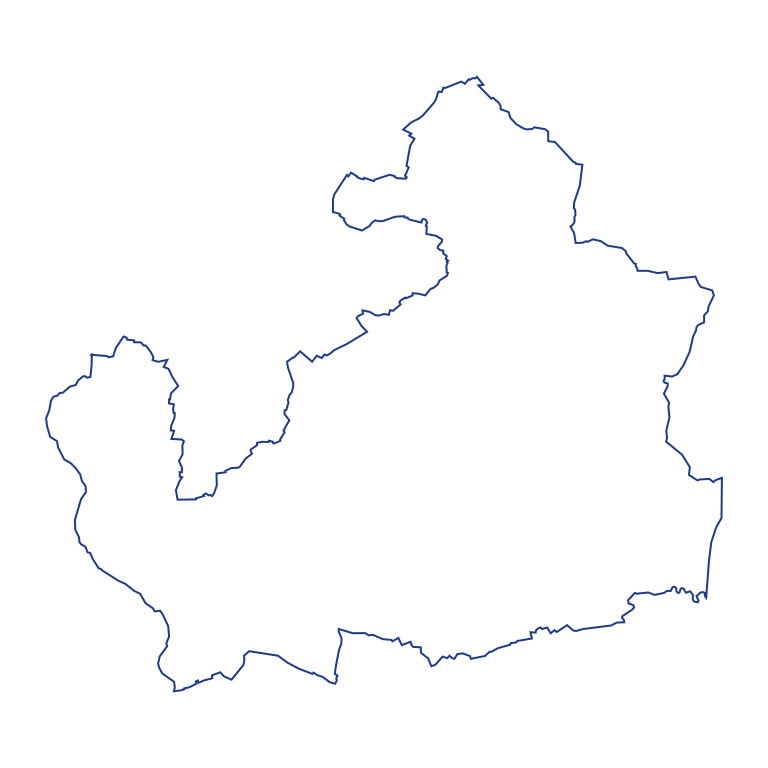 Wiset Chai Chan, Ang Thong, Thailand (orthographic projection)
{"feature_id": "78962969B38552954370862", "entity_name": "Wiset Chai Chan", "entity_type": "district", "adm_level": 2, "iso_a3": "THA", "parent_name": "Thailand", "parent_adm1": "Ang Thong", "projection": "orthographic", "projection_center": [100.305, 14.571], "detail": "fine", "context": "isolated", "style": "outline", "palette": "blue", "viewbox_px": 768, "rotation_deg": 0, "n_neighbors": 0, "source": "geoboundaries", "source_scale": "gbopen_adm2", "svg_char_len": 6070}
<svg xmlns="http://www.w3.org/2000/svg" viewBox="0 0 768 768"><path d="M695.4,276.6L668.5,279.4L666.6,272.0L657.9,273.1L647.6,270.8L637.6,270.8L637.2,268.5L635.7,266.4L635.9,264.0L634.1,263.4L626.4,253.5L625.8,251.2L621.9,248.0L607.7,245.7L601.0,241.2L593.1,239.3L587.4,241.8L586.1,241.2L582.8,242.7L575.7,243.0L574.1,233.1L570.5,226.4L572.9,224.7L574.6,221.6L574.4,217.2L575.5,214.7L575.1,209.8L573.9,208.1L574.1,202.7L579.8,185.7L582.4,164.7L575.9,163.9L575.6,162.6L573.3,162.0L555.0,142.0L548.3,141.2L548.1,131.5L545.1,129.2L534.3,127.3L532.1,129.0L526.7,129.4L523.2,128.3L516.3,124.2L510.4,117.9L508.6,112.0L500.7,109.3L500.5,105.7L498.7,102.7L492.9,97.8L491.3,98.7L478.3,85.4L483.3,84.8L476.9,76.8L475.3,78.4L473.0,78.1L469.8,79.8L468.8,79.2L464.8,83.8L461.3,81.6L444.9,88.1L443.3,87.6L441.8,92.0L438.4,91.6L435.9,99.4L433.9,102.8L422.8,115.5L419.1,118.4L411.0,122.5L403.2,129.6L411.3,133.7L409.2,135.7L414.5,138.7L410.2,145.7L406.5,165.9L408.7,167.5L405.0,175.8L406.7,177.2L405.9,178.7L397.2,178.2L394.9,177.2L394.7,176.1L389.5,174.8L374.9,179.6L373.9,181.1L364.1,177.8L363.6,179.3L360.7,178.7L357.3,177.3L357.4,176.6L351.0,172.7L348.3,176.4L346.9,175.0L334.3,194.4L333.0,199.3L332.9,212.0L339.3,213.7L340.1,214.4L339.5,215.6L344.3,218.7L343.9,220.0L346.4,224.2L349.3,226.4L361.9,230.5L369.3,226.2L371.9,222.7L375.2,220.3L378.4,221.2L382.7,221.1L395.3,216.7L404.3,216.2L404.5,217.4L407.6,217.6L407.8,218.6L410.2,219.8L421.4,222.5L421.7,220.6L423.2,219.0L425.6,219.5L427.2,222.8L425.7,225.7L426.8,226.5L426.3,233.9L436.0,235.8L441.9,239.3L442.1,241.3L437.9,246.4L437.7,248.2L440.1,250.1L443.3,250.6L443.2,253.4L446.8,256.2L445.7,258.7L448.1,260.7L446.7,261.5L447.6,262.7L446.4,265.9L446.7,272.4L447.9,272.9L447.1,275.6L439.6,280.4L437.8,284.5L433.1,288.1L430.6,288.8L425.3,295.4L417.8,293.6L412.5,293.3L412.5,295.5L405.9,298.3L405.2,297.6L400.8,300.3L399.3,302.3L400.6,304.4L393.0,310.8L390.1,310.2L388.8,314.9L384.2,314.0L378.6,315.6L375.3,315.2L369.5,311.8L362.5,310.4L363.0,313.7L357.9,316.2L356.6,318.2L361.8,326.3L367.0,331.8L346.5,344.2L334.4,350.0L329.8,353.9L326.6,355.5L324.5,354.5L321.7,358.1L316.8,355.7L312.1,361.7L300.1,351.3L293.7,357.7L292.8,357.6L287.1,361.7L287.8,367.0L293.2,383.0L293.2,386.6L291.7,392.5L289.6,394.9L287.8,400.1L288.5,402.7L286.3,409.9L284.6,410.4L284.5,414.1L289.3,420.3L283.5,430.6L284.6,432.2L280.1,439.5L280.4,440.8L274.5,443.4L273.0,443.0L272.8,441.7L269.0,440.7L268.6,442.0L262.4,441.8L257.1,442.8L257.0,445.2L250.8,449.6L250.6,451.0L252.0,453.7L245.7,458.5L239.8,466.8L238.3,467.7L231.2,468.1L225.4,470.8L225.5,472.3L216.5,473.5L216.8,485.4L214.1,493.2L212.2,496.1L210.2,494.9L208.8,495.4L206.0,493.5L203.4,494.8L204.0,496.0L195.9,498.4L195.9,499.4L177.6,499.7L175.9,490.2L179.6,481.0L182.2,477.3L179.9,476.8L179.7,472.1L181.8,472.3L182.1,468.0L179.0,461.0L182.6,454.2L182.4,445.3L183.9,441.3L181.7,439.5L171.4,438.9L174.1,430.9L170.8,430.4L171.1,426.1L174.5,417.8L174.8,413.1L173.6,412.8L173.1,409.3L173.9,404.3L169.0,403.4L169.1,399.3L170.0,399.4L171.0,393.3L178.2,386.0L172.5,377.2L168.6,368.9L163.7,366.9L167.3,359.9L158.2,361.8L152.6,360.1L153.4,357.0L150.5,351.6L145.6,345.4L143.7,345.5L140.9,342.4L134.1,342.2L134.1,340.4L126.9,339.6L126.6,337.6L123.6,336.5L115.9,347.9L113.1,356.3L108.8,357.3L106.9,356.0L93.7,355.0L92.1,354.2L91.0,355.2L91.8,356.4L91.6,365.4L90.4,376.9L87.4,377.7L84.6,376.1L82.5,376.7L78.1,380.5L75.7,385.0L69.9,386.6L62.7,392.8L59.7,392.9L57.4,395.6L53.4,396.7L50.9,400.8L49.4,409.8L46.1,418.4L47.0,425.8L50.1,436.8L56.9,441.1L58.2,447.7L64.2,459.4L70.7,463.1L75.3,467.7L80.2,474.4L81.9,480.9L85.6,486.2L85.9,492.2L81.0,499.2L74.9,520.0L75.3,529.7L79.1,537.5L79.4,541.9L81.1,544.3L85.5,546.8L87.5,552.3L90.2,553.0L92.6,558.7L98.7,568.4L100.8,568.8L102.7,570.8L118.7,580.9L125.6,584.0L134.2,590.9L140.2,593.8L145.6,603.3L152.8,608.2L154.8,611.4L160.2,610.8L162.2,613.5L168.2,626.1L169.1,636.5L166.3,643.4L167.2,646.2L159.7,656.4L158.1,663.6L159.1,667.5L162.1,673.3L174.1,681.8L174.8,687.7L173.9,691.2L180.6,690.4L184.2,689.4L184.0,688.5L189.3,687.3L196.4,683.7L195.7,681.5L198.0,680.5L198.5,682.8L204.3,680.3L212.2,678.3L212.0,675.3L220.3,672.3L223.8,676.2L231.5,679.7L243.4,665.0L244.3,660.7L244.1,655.6L249.1,651.2L278.0,655.7L287.4,662.6L299.0,668.8L312.5,673.9L313.5,672.6L317.6,675.3L322.5,676.8L329.9,682.3L335.1,683.8L336.9,680.3L336.2,678.5L337.5,675.8L334.8,673.8L335.9,666.1L339.1,649.5L341.3,643.8L341.5,638.0L338.6,631.4L338.8,629.0L352.6,633.2L365.2,633.1L368.6,635.3L373.1,634.9L382.7,639.1L391.4,639.9L392.4,641.4L398.3,637.9L401.8,645.1L410.6,641.8L411.6,645.3L413.1,646.9L420.7,647.3L421.0,652.9L428.1,658.3L431.4,666.3L435.4,664.7L442.7,656.6L447.2,658.2L449.6,655.7L452.1,658.2L454.4,658.8L457.4,654.1L462.8,653.4L470.0,656.1L470.9,658.8L484.9,656.0L489.4,651.9L491.2,651.8L498.2,648.1L510.3,644.7L510.7,643.1L516.0,642.5L517.5,640.9L531.9,638.5L530.5,632.2L535.6,632.6L536.2,630.0L539.3,627.7L540.8,627.6L542.1,629.1L547.1,627.5L550.7,633.3L554.5,630.2L556.7,632.0L567.1,625.2L573.2,630.5L576.1,631.0L583.2,629.0L611.1,625.5L616.7,622.6L624.2,622.3L623.9,620.0L622.0,617.6L622.2,616.3L632.0,609.8L634.1,607.4L633.4,605.2L628.6,603.4L628.1,600.2L634.9,592.9L636.6,593.7L648.2,592.5L654.7,594.9L664.1,592.9L666.8,591.0L670.8,590.9L672.4,587.4L674.1,586.6L676.0,587.8L676.5,591.4L677.8,592.9L679.3,592.7L680.7,588.8L682.2,588.1L683.6,588.7L686.0,592.8L690.1,591.2L692.9,594.9L692.8,598.7L693.7,601.4L697.7,602.3L698.5,600.7L696.5,596.1L700.3,592.7L702.7,592.1L704.6,592.8L705.1,596.3L706.2,597.7L709.0,560.4L711.3,542.2L716.1,527.5L721.5,518.0L721.9,477.8L715.3,480.3L713.4,482.1L709.3,478.9L699.5,479.5L697.5,480.4L694.3,478.4L689.0,474.9L689.8,467.1L682.0,454.6L666.1,441.7L667.1,437.8L666.3,430.7L669.4,417.6L668.4,406.6L669.1,402.8L663.9,393.6L667.6,386.4L667.8,383.6L664.4,382.5L663.5,381.0L664.7,378.9L664.6,375.7L672.2,376.5L677.4,374.2L683.5,365.2L689.6,351.9L693.1,336.6L695.9,330.7L696.6,327.0L698.2,325.0L704.1,322.4L704.1,315.5L707.8,311.3L708.6,306.4L713.9,295.4L712.2,290.4L700.9,287.0L698.4,283.5L695.4,276.6Z" fill="none" stroke="#1e3a8a" stroke-width="2"/></svg>